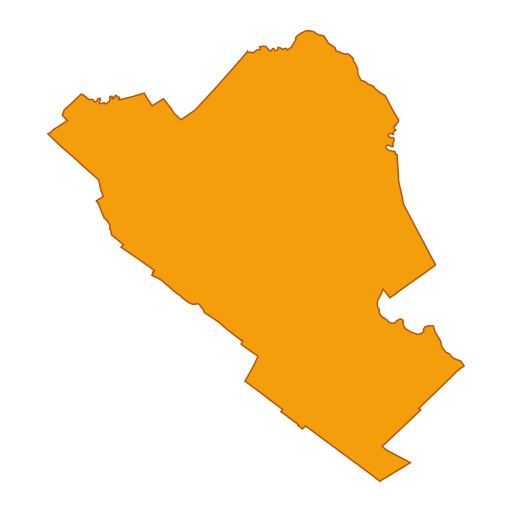 Ciocanesti, Dâmbovita, Romania (Natural Earth projection)
{"feature_id": "2599482B43170479222573", "entity_name": "Ciocanesti", "entity_type": "district", "adm_level": 2, "iso_a3": "ROU", "parent_name": "Romania", "parent_adm1": "Dâmbovita", "projection": "natural_earth1", "projection_center": [25.852, 44.613], "detail": "fine", "context": "isolated", "style": "filled", "palette": "amber", "viewbox_px": 512, "rotation_deg": 0, "n_neighbors": 0, "source": "geoboundaries", "source_scale": "gbopen_adm2", "svg_char_len": 5925}
<svg xmlns="http://www.w3.org/2000/svg" viewBox="0 0 512 512"><path d="M385.1,95.5L384.3,95.2L378.9,91.9L376.1,89.4L374.0,87.1L373.1,86.3L372.6,85.9L368.8,84.4L367.6,83.8L366.8,83.2L365.7,82.2L364.3,81.3L363.5,81.0L362.8,81.0L361.9,80.7L360.9,80.1L360.3,78.7L358.0,74.7L357.8,73.8L357.7,73.2L357.8,71.7L357.5,70.4L357.7,69.0L357.4,68.0L356.7,66.8L355.8,64.7L355.1,63.4L353.6,61.6L353.4,61.0L353.5,60.1L353.0,58.4L352.4,57.4L349.6,55.0L347.4,53.8L345.5,54.1L344.3,53.9L341.8,53.2L338.8,51.7L336.9,51.4L336.4,51.1L336.1,50.7L335.9,50.0L335.3,48.9L335.1,47.9L334.7,47.4L334.1,47.3L332.1,45.4L329.3,44.0L328.4,43.3L326.2,39.5L325.0,37.7L323.9,36.2L323.6,35.9L322.9,35.6L318.5,34.8L317.5,34.4L313.9,31.9L313.2,31.5L310.4,30.9L307.5,30.7L305.8,31.0L304.3,31.6L299.9,33.8L298.9,34.7L296.8,36.2L296.1,37.0L295.7,37.8L295.7,38.6L295.8,39.4L295.6,40.2L293.2,44.0L292.2,45.4L292.1,46.6L292.0,46.8L290.7,47.7L289.9,48.1L287.5,50.1L286.0,48.3L284.5,48.6L283.0,49.4L280.5,48.0L278.0,47.3L277.8,49.3L276.8,50.6L275.2,50.6L274.1,49.0L272.6,48.5L272.1,49.7L271.0,50.9L269.6,50.7L268.4,49.5L266.3,47.0L265.3,46.3L262.5,46.3L259.6,46.9L260.1,48.0L260.3,49.1L259.1,49.9L256.8,49.9L254.4,51.8L253.5,53.0L252.0,52.7L250.6,52.2L248.8,52.3L247.7,52.1L247.5,51.4L242.9,57.0L217.2,86.2L195.2,110.0L181.1,119.8L173.9,113.2L171.5,109.1L163.5,98.7L152.2,105.8L148.0,99.5L147.5,99.2L144.2,93.1L133.0,96.5L118.9,99.9L118.5,99.2L118.8,98.9L119.5,98.6L119.6,97.9L119.4,97.4L118.8,97.1L117.5,96.8L117.0,96.3L116.6,95.7L116.1,95.4L115.4,95.6L114.9,95.9L114.6,96.6L114.3,97.6L114.0,98.5L113.2,98.8L112.1,98.5L112.0,98.2L112.2,97.8L112.6,97.4L112.6,96.7L112.2,96.4L111.2,96.3L110.2,96.4L109.8,96.7L109.6,97.7L110.0,98.5L110.1,99.3L110.0,100.2L109.4,101.0L106.9,103.4L105.8,103.9L105.2,104.0L104.9,103.7L104.6,103.0L104.1,102.6L103.3,102.8L102.1,103.5L100.8,103.7L99.9,103.5L99.2,102.5L99.4,101.6L100.2,100.5L100.5,99.1L100.3,98.5L99.2,98.3L98.0,98.7L97.5,99.4L96.8,101.2L95.4,101.8L94.7,101.9L94.1,101.5L93.4,100.1L92.8,99.7L91.9,99.5L90.4,99.5L88.6,99.2L86.9,98.0L85.7,96.7L84.1,95.7L83.6,95.0L83.0,94.6L82.0,94.5L81.1,94.1L76.8,98.3L70.7,104.1L64.0,110.1L63.9,110.4L63.6,112.0L62.7,113.9L62.4,114.9L62.6,115.5L62.8,115.9L67.4,120.5L57.0,127.4L54.3,129.0L52.7,130.3L50.5,132.5L47.9,133.8L60.6,146.1L72.5,156.3L88.7,171.1L91.5,173.4L97.8,179.1L98.6,179.5L100.2,186.9L100.8,190.1L103.3,196.4L96.3,200.9L97.1,202.1L97.9,202.9L98.4,203.7L100.3,208.4L101.2,210.8L101.7,212.0L102.4,213.7L103.1,215.2L103.6,216.4L103.8,217.3L104.1,217.9L104.8,218.2L106.0,219.7L106.9,220.6L107.9,221.8L108.5,223.1L109.9,225.0L110.0,225.4L109.7,228.6L110.8,230.4L111.0,230.8L111.4,234.1L111.6,234.9L111.9,235.2L113.1,236.0L114.9,237.6L123.6,244.9L121.0,247.1L136.1,257.4L154.5,270.5L152.6,272.2L153.4,272.9L151.8,275.2L153.1,276.0L158.4,278.4L161.4,280.2L164.3,282.6L166.7,284.8L169.0,286.6L170.4,287.8L171.1,288.6L176.3,293.1L177.0,293.4L180.3,295.6L182.8,298.2L186.6,301.0L187.5,301.8L190.1,303.3L192.3,304.2L193.1,304.3L194.7,304.2L197.5,303.7L198.1,303.8L198.6,304.0L199.8,305.0L202.5,308.7L203.3,309.5L203.5,310.1L203.7,311.2L204.1,311.9L204.3,312.3L205.3,313.2L206.5,314.0L207.6,314.6L210.2,316.3L217.4,321.2L219.1,322.5L219.3,322.3L222.6,325.4L223.6,326.6L228.1,330.2L240.0,339.3L240.5,339.8L240.8,340.3L241.9,340.0L242.3,340.2L242.8,340.9L242.3,341.9L241.6,342.7L241.2,343.9L241.3,344.5L258.0,356.2L254.0,365.1L245.4,380.5L244.9,381.1L261.9,393.6L269.1,399.3L282.8,409.5L280.9,411.6L298.3,424.6L297.9,424.9L297.9,425.4L302.4,428.9L305.6,426.0L367.3,471.6L380.0,481.3L380.7,480.7L382.6,479.5L383.8,478.8L392.4,473.6L392.7,473.3L393.0,473.2L410.3,462.7L407.8,461.3L407.3,461.1L388.0,450.9L387.6,450.8L382.2,446.6L382.7,445.9L420.7,410.0L418.8,408.4L426.3,401.1L446.1,382.0L455.6,372.5L457.0,371.2L461.8,367.5L463.7,366.4L464.1,365.9L463.8,365.3L460.7,361.1L454.0,358.5L451.6,356.6L449.3,353.8L445.3,351.8L444.1,349.9L442.1,347.4L440.5,341.0L438.6,337.6L435.2,332.3L434.4,329.6L433.7,327.0L433.1,325.9L432.5,325.6L427.4,326.0L424.9,327.0L423.7,328.9L423.5,331.7L421.3,333.7L417.4,334.4L410.5,331.8L406.8,329.4L406.2,329.3L405.5,328.9L405.4,328.6L404.0,326.3L403.2,324.5L402.9,323.0L403.1,322.8L403.2,322.2L403.2,321.6L403.0,320.7L402.8,320.4L402.2,319.7L401.7,319.4L400.3,318.9L399.1,319.4L398.3,320.1L397.0,320.5L396.6,320.8L396.4,321.2L395.5,322.5L393.1,323.2L392.0,323.2L390.4,322.8L388.4,321.8L387.0,320.0L385.8,319.3L384.2,318.0L382.9,317.6L382.1,316.9L379.7,314.0L379.2,312.6L379.1,311.6L379.2,309.4L378.7,308.6L378.0,307.8L377.7,307.6L377.3,303.9L377.4,302.0L377.7,300.7L378.2,299.3L379.4,297.2L382.1,291.6L382.5,290.0L382.9,289.2L386.0,292.6L389.1,296.8L390.1,297.9L390.9,297.0L395.4,294.1L398.2,291.9L398.6,291.4L401.7,289.2L422.3,274.6L426.2,271.9L430.8,268.4L434.6,265.8L435.0,265.5L435.2,265.1L435.3,264.8L435.2,264.1L432.4,259.1L427.1,249.0L424.1,243.2L424.0,242.7L423.1,241.5L403.4,204.1L402.8,200.7L402.6,200.3L402.5,198.4L402.1,196.6L402.0,195.7L401.4,194.0L400.5,189.2L399.8,187.0L399.8,185.9L399.5,185.2L399.0,182.8L398.6,180.4L398.5,179.0L398.6,175.8L398.4,174.5L397.6,164.5L397.1,154.6L396.9,154.5L395.1,153.9L395.3,153.0L395.2,151.9L394.3,151.4L390.8,150.9L388.5,150.2L387.3,149.6L386.1,148.1L385.8,147.5L385.7,146.9L385.7,146.4L386.0,145.8L386.6,145.5L388.4,145.2L389.1,145.4L392.1,146.6L392.8,146.7L393.4,146.1L393.3,145.5L392.9,144.9L392.7,143.9L392.9,143.3L393.5,142.0L393.9,140.5L394.0,138.6L393.5,138.1L392.9,137.7L392.2,137.5L390.2,137.6L389.6,137.3L389.0,136.7L388.5,135.7L388.4,135.2L388.5,134.6L389.4,133.6L390.6,133.4L392.0,133.8L392.9,134.4L393.3,134.5L393.6,134.4L393.6,134.2L393.3,133.9L392.9,133.6L392.9,133.1L393.0,132.6L393.4,132.0L394.1,131.3L394.9,130.9L395.7,130.5L395.9,130.1L395.9,129.9L395.3,129.6L394.8,129.1L394.4,127.9L394.1,126.0L394.4,125.7L396.0,125.1L396.5,123.7L397.6,122.7L398.3,121.7L398.6,121.0L398.5,120.2L398.6,119.8L397.9,119.0L393.3,111.0L392.2,109.1L385.1,95.5Z" fill="#f59e0b" stroke="#b45309" stroke-width="1.5"/></svg>